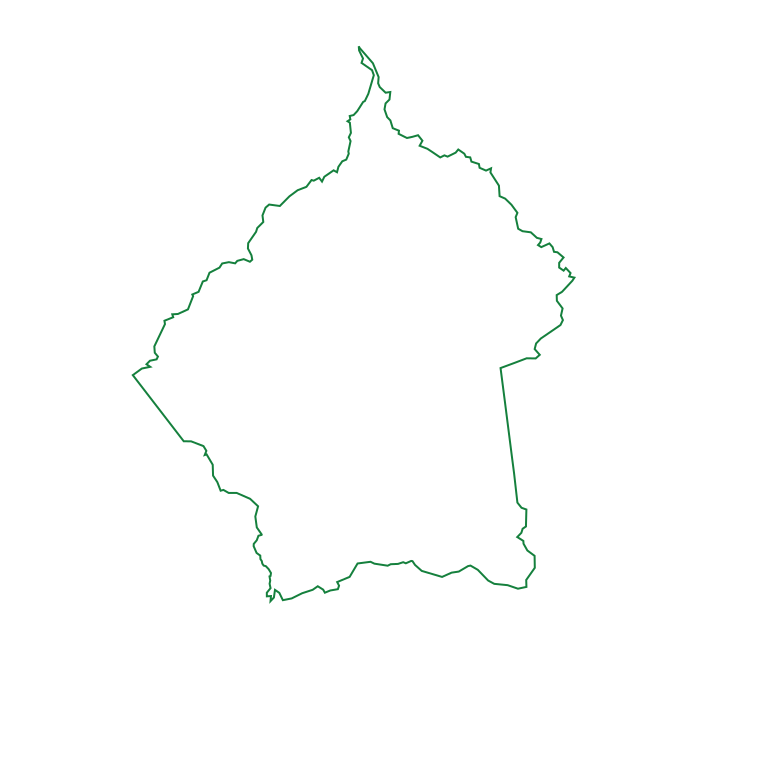 Coamo, Puerto Rico (Robinson projection), rotated 41°
{"feature_id": "32010507B26629522791293", "entity_name": "Coamo", "entity_type": "district", "adm_level": 2, "iso_a3": "PRI", "parent_name": "Puerto Rico", "parent_adm1": "", "projection": "robinson", "projection_center": [-66.366, 18.096], "detail": "fine", "context": "isolated", "style": "outline", "palette": "green", "viewbox_px": 768, "rotation_deg": 41, "n_neighbors": 0, "source": "geoboundaries", "source_scale": "gbopen_adm2", "svg_char_len": 3117}
<svg xmlns="http://www.w3.org/2000/svg" viewBox="0 0 768 768"><g transform="rotate(41 384 384)"><path d="M325.5,154.5L323.3,151.0L321.0,156.0L314.3,158.1L311.3,155.7L304.1,158.8L300.4,156.4L296.8,158.8L293.5,157.5L286.2,158.3L286.3,162.4L282.8,170.7L279.6,171.8L277.8,176.1L268.6,177.2L262.5,178.0L254.6,180.8L253.4,175.2L246.5,173.9L243.3,178.8L239.9,183.3L230.9,185.6L229.1,183.0L222.8,185.2L215.9,180.9L211.3,180.5L204.2,176.4L201.1,171.2L201.5,165.7L197.2,159.5L194.1,163.1L186.0,162.7L182.3,160.9L178.6,155.9L165.2,149.2L145.3,146.4L143.4,145.7L146.4,148.6L154.6,152.1L156.4,156.4L169.1,155.0L173.7,157.6L181.8,175.3L183.9,183.0L183.2,184.8L184.8,195.6L184.6,201.0L182.3,204.2L185.0,206.4L184.1,209.6L186.8,209.2L194.3,216.2L195.6,220.9L199.4,222.6L204.5,231.9L206.3,233.3L208.3,239.4L206.4,243.3L207.1,250.0L209.6,255.0L205.8,255.8L203.0,266.7L204.4,271.9L199.8,270.9L197.6,276.6L195.5,277.6L196.1,286.1L191.7,294.4L189.5,304.4L188.6,318.0L179.6,323.9L178.9,328.6L181.7,336.5L186.6,340.9L186.0,349.4L187.6,353.1L189.1,366.8L192.4,371.0L199.5,373.8L203.0,376.6L202.6,379.7L196.2,381.8L192.5,387.3L192.5,390.6L187.0,393.8L182.8,399.2L183.5,404.1L179.3,414.5L182.0,422.1L180.0,425.5L183.6,436.1L180.6,442.2L182.3,442.9L187.1,456.3L182.5,466.4L178.5,470.3L181.1,471.9L176.8,480.3L179.4,482.5L186.0,506.3L190.5,510.8L195.4,511.6L196.2,514.6L192.1,520.0L191.8,524.9L196.3,524.4L191.1,531.2L188.6,542.1L270.4,558.6L276.1,553.8L288.5,549.3L293.8,551.0L295.3,555.2L296.3,553.5L307.7,557.3L315.1,565.3L322.6,567.4L330.7,571.7L332.3,569.3L338.3,568.1L344.2,562.9L358.3,558.5L369.2,558.9L373.8,568.4L382.1,575.7L390.4,577.8L390.6,578.2L388.8,580.9L390.5,585.4L390.6,590.1L392.0,591.9L398.7,595.1L403.2,594.7L405.6,597.2L407.9,597.8L410.0,599.4L412.3,600.0L414.3,599.0L418.4,599.4L422.7,600.8L424.3,603.3L423.8,604.3L427.1,607.0L428.7,609.8L432.3,612.5L432.5,618.4L434.9,621.1L437.8,618.2L440.8,622.3L441.0,617.4L436.8,610.9L442.0,610.3L449.5,613.5L455.0,606.4L459.5,595.6L465.2,586.1L466.7,580.1L473.0,579.1L476.3,580.3L478.9,575.1L483.8,569.1L482.4,565.7L478.6,564.2L484.6,552.1L481.8,536.8L490.5,527.0L494.6,525.9L506.0,518.7L507.3,515.6L512.6,510.6L515.4,505.9L518.1,505.0L520.6,499.7L521.7,499.0L526.1,500.2L535.1,500.3L554.4,491.5L558.8,482.0L563.5,476.5L566.9,466.3L568.4,464.3L576.7,462.7L591.5,464.0L598.3,462.5L609.3,454.7L619.4,450.6L624.6,443.7L619.9,438.6L618.4,423.8L610.4,414.9L601.4,415.6L594.1,413.0L592.1,411.0L585.0,412.1L585.3,406.2L583.6,402.3L584.6,398.4L573.8,385.3L569.0,387.2L562.5,386.0L540.8,366.1L528.3,355.0L487.6,318.7L461.5,295.5L468.9,282.0L474.8,271.0L481.7,265.2L482.4,259.8L474.8,258.8L472.2,253.6L472.5,246.8L478.5,223.7L477.1,218.4L472.7,216.3L469.2,209.8L459.9,207.8L456.0,203.6L457.9,197.6L458.4,182.5L457.9,178.8L453.2,181.3L452.0,177.9L445.1,177.2L445.2,180.6L439.8,181.2L436.7,177.6L436.5,170.7L428.5,170.8L425.6,172.7L421.5,170.1L416.6,169.4L412.9,177.5L409.1,178.1L409.1,174.7L407.7,171.3L403.5,173.4L395.3,173.2L388.3,177.8L383.4,178.8L373.9,171.7L372.4,167.3L362.6,165.1L353.8,164.6L348.0,166.4L340.6,158.9L325.5,154.5Z" fill="none" stroke="#15803d" stroke-width="2"/></g></svg>